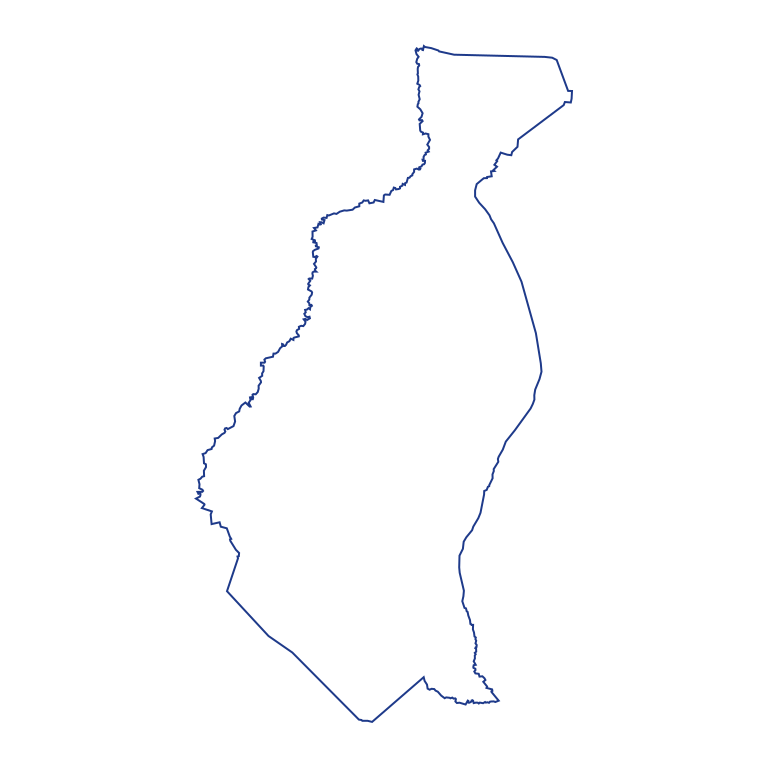 the district of Chuen Chom, Maha Sarakham, Thailand
{"feature_id": "78962969B88411393036982", "entity_name": "Chuen Chom", "entity_type": "district", "adm_level": 2, "iso_a3": "THA", "parent_name": "Thailand", "parent_adm1": "Maha Sarakham", "projection": "albers", "projection_center": [103.14, 16.548], "detail": "fine", "context": "isolated", "style": "outline", "palette": "blue", "viewbox_px": 768, "rotation_deg": 0, "n_neighbors": 0, "source": "geoboundaries", "source_scale": "gbopen_adm2", "svg_char_len": 6084}
<svg xmlns="http://www.w3.org/2000/svg" viewBox="0 0 768 768"><path d="M498.7,700.7L491.5,692.0L491.4,691.4L492.4,690.9L492.1,689.4L486.5,687.9L487.1,686.5L483.3,681.8L485.4,680.0L484.5,678.3L482.4,676.3L479.5,676.6L478.7,673.8L475.4,673.4L474.3,671.5L475.5,670.0L475.3,668.7L473.5,667.9L473.3,667.1L473.7,665.2L475.7,664.8L473.7,661.3L474.9,658.5L474.8,655.5L475.7,654.2L474.8,652.9L476.2,651.6L476.1,648.7L475.3,648.2L475.7,647.3L476.5,647.0L476.7,645.0L475.5,643.4L476.2,640.7L475.4,639.1L475.8,637.5L474.5,636.5L474.0,632.5L472.9,629.4L473.1,624.9L471.6,625.0L471.3,624.2L470.4,623.9L470.0,620.1L468.3,615.5L467.6,611.9L466.7,611.3L466.0,608.4L464.5,607.9L462.3,601.2L463.4,596.3L463.9,590.7L459.7,572.8L459.2,567.4L459.5,555.6L462.9,548.8L463.7,541.7L466.3,537.3L472.1,530.2L473.3,526.6L478.3,518.2L480.5,512.8L484.1,494.4L484.2,491.0L486.7,489.9L487.9,486.8L489.2,486.2L489.3,485.0L492.6,478.3L492.5,474.4L493.8,471.1L493.7,469.1L498.3,461.8L497.9,459.0L498.7,456.7L502.8,449.6L505.8,441.6L514.9,430.2L530.6,408.5L532.8,404.0L534.4,399.6L534.3,395.2L535.2,389.6L539.5,379.1L541.5,371.7L540.8,363.3L535.9,333.2L521.5,281.7L512.8,262.2L502.6,242.8L493.9,223.3L491.1,219.3L489.5,215.3L485.1,209.2L479.2,202.8L475.1,196.6L475.1,190.3L476.7,184.1L482.2,179.5L483.8,178.2L487.0,178.1L487.1,177.0L491.7,176.3L491.0,171.4L494.4,171.0L493.4,170.1L497.0,166.7L494.4,164.8L497.2,161.1L496.4,160.3L498.0,158.5L500.7,152.6L507.3,154.7L511.3,155.2L512.1,152.0L517.5,146.8L518.1,139.4L563.7,105.1L564.9,102.0L570.8,102.5L571.6,98.7L572.0,91.0L568.1,90.9L556.7,60.0L552.2,57.7L544.7,56.9L454.1,54.7L439.1,51.4L438.4,50.5L431.2,48.1L425.0,47.0L423.9,46.1L423.0,50.1L422.4,50.0L421.9,48.6L420.7,48.6L419.7,48.9L418.0,50.8L417.3,50.3L417.3,48.8L416.7,48.4L415.5,50.3L416.5,54.1L418.6,56.8L417.2,58.8L416.3,62.1L417.2,63.7L419.0,64.1L419.2,65.5L418.0,67.0L417.7,69.0L417.9,73.4L417.4,74.3L418.2,76.5L418.3,80.6L417.3,83.7L419.6,85.0L420.2,86.1L419.2,87.0L418.4,89.4L419.5,91.3L418.6,94.8L419.7,99.2L418.4,101.9L418.5,103.3L417.8,104.2L417.4,106.7L420.3,109.3L422.6,113.2L421.5,116.9L419.0,119.4L419.5,120.4L422.0,120.1L422.6,121.1L419.7,123.9L420.2,130.4L420.8,131.6L423.0,132.6L422.9,134.3L425.6,133.5L428.4,134.2L428.4,136.6L430.0,139.9L427.3,144.6L429.1,147.0L429.1,148.8L427.7,150.3L428.7,151.6L425.6,152.7L425.9,154.4L424.6,155.0L423.6,156.8L423.6,159.9L422.6,159.8L422.9,160.9L425.0,160.9L424.9,163.0L424.1,164.2L422.5,164.6L421.5,166.4L419.2,167.3L419.1,168.3L420.3,168.8L420.0,169.4L418.9,169.6L416.8,168.6L414.1,169.4L414.1,171.9L412.3,174.3L412.3,175.4L410.6,176.2L409.5,177.7L407.9,177.9L406.6,182.5L405.1,183.2L405.0,184.9L402.7,183.9L402.3,185.7L400.0,186.8L400.0,188.4L398.7,189.0L396.0,189.4L395.3,188.0L393.8,187.6L393.1,190.0L391.3,191.0L389.6,194.8L385.2,194.5L383.9,195.4L383.4,201.9L374.8,200.0L373.6,202.5L369.4,203.3L368.1,200.4L365.5,200.8L363.7,200.4L362.3,202.5L359.3,203.6L359.3,206.3L354.9,207.5L352.6,209.7L346.8,210.6L344.2,210.4L339.8,211.7L336.5,213.9L334.0,213.4L328.8,215.5L327.3,215.1L326.6,217.9L323.6,217.6L321.8,218.6L321.9,219.5L324.5,220.1L323.6,223.3L321.7,222.3L320.0,222.2L320.8,224.3L319.9,224.6L318.5,223.8L317.5,227.4L314.0,228.0L315.9,230.4L312.5,231.5L312.6,236.8L311.7,239.0L314.9,240.3L315.0,241.2L313.4,241.5L313.3,242.3L316.5,243.0L316.8,245.1L315.8,245.6L315.9,246.3L318.8,247.3L318.5,248.5L314.9,249.8L313.1,251.1L312.8,252.1L313.3,256.8L314.8,257.0L316.6,256.0L317.4,256.6L315.8,258.8L316.0,261.5L314.0,263.9L316.3,267.4L316.1,268.2L314.9,269.1L315.1,270.6L316.2,271.6L313.7,271.6L312.6,272.4L312.4,273.6L312.9,275.8L312.2,278.6L309.3,278.5L308.7,279.0L310.3,280.8L308.2,283.8L308.3,284.5L309.9,285.4L308.4,287.1L308.0,289.5L311.5,291.4L312.1,292.4L311.7,294.7L309.4,297.6L309.3,299.6L307.8,301.6L309.3,303.3L309.4,305.1L311.4,304.9L311.9,305.8L310.3,307.0L310.0,309.3L308.5,308.2L306.9,309.6L305.1,309.9L305.7,312.4L304.3,313.8L305.4,316.1L307.5,317.2L309.5,316.7L309.9,318.3L307.1,320.0L305.3,318.9L303.7,319.3L305.5,321.7L305.1,323.9L303.3,326.1L301.2,325.8L298.9,326.8L299.1,328.9L296.9,330.2L296.4,331.5L296.9,333.2L298.8,335.4L298.8,336.4L294.1,337.6L293.5,338.1L293.4,339.9L290.7,338.7L289.4,341.2L287.1,342.5L286.1,344.8L284.9,346.0L284.0,346.0L283.0,344.3L282.1,344.0L282.2,346.4L280.1,348.2L278.1,351.9L275.5,353.6L273.5,353.6L273.0,356.7L265.8,358.3L264.4,359.6L265.1,361.8L264.5,362.7L260.9,362.7L260.9,365.6L263.3,365.6L263.7,366.4L263.5,371.2L262.1,373.4L262.2,375.8L259.1,377.9L260.9,381.1L261.0,382.4L258.6,385.7L258.7,388.7L257.7,392.1L255.7,394.3L253.3,394.1L252.5,394.8L253.2,397.6L252.8,399.2L252.0,399.2L251.1,397.2L250.0,397.4L250.5,400.1L248.7,402.8L250.6,406.5L249.7,406.6L245.4,402.5L241.5,405.5L239.7,408.8L239.2,411.4L236.0,413.1L234.3,416.0L235.1,421.5L233.5,426.1L227.8,429.1L226.6,428.0L225.1,428.4L224.5,429.7L225.3,431.5L224.5,432.9L221.8,434.4L218.2,437.9L214.7,438.5L215.1,441.1L214.1,445.6L211.9,447.4L211.6,449.0L207.6,450.1L205.6,453.1L202.6,454.1L203.6,456.9L204.0,463.3L205.9,464.3L206.0,467.1L203.9,470.7L204.1,476.2L202.2,476.7L200.5,478.7L198.4,479.8L199.5,484.2L199.2,488.2L202.4,489.7L203.1,490.9L202.3,491.8L197.5,491.9L198.4,493.8L200.3,493.1L200.5,494.9L200.0,496.5L196.0,498.6L204.3,504.0L204.5,504.7L201.9,508.1L211.9,511.4L210.7,514.4L211.6,524.1L219.6,522.3L220.8,526.7L226.8,528.3L229.8,536.6L231.2,538.9L230.0,539.4L230.3,540.8L235.9,549.8L239.1,553.0L238.8,556.2L237.5,556.5L238.0,558.3L227.0,591.2L268.5,636.0L292.3,652.5L358.9,719.6L361.5,720.0L362.3,720.8L367.6,720.8L372.1,721.9L423.7,677.2L424.6,680.9L427.0,684.6L427.6,688.6L429.6,689.7L431.6,688.8L434.3,689.1L435.5,690.6L437.8,691.7L441.2,695.6L444.7,698.2L446.2,697.4L449.7,697.8L450.4,698.3L452.3,697.6L453.5,698.6L455.3,698.4L455.9,699.1L455.4,701.5L456.9,703.0L459.5,702.7L465.6,704.5L467.8,700.6L468.3,700.9L468.0,702.2L468.5,702.7L469.4,702.7L471.4,701.6L471.6,700.5L472.4,700.2L473.1,700.7L473.7,703.1L476.0,702.6L477.8,702.7L478.8,703.5L479.8,702.6L483.1,703.2L485.1,702.0L485.8,702.6L487.6,702.3L489.0,702.8L490.0,701.7L491.1,701.5L493.7,701.4L495.3,702.0L498.7,700.7Z" fill="none" stroke="#1e3a8a" stroke-width="2"/></svg>